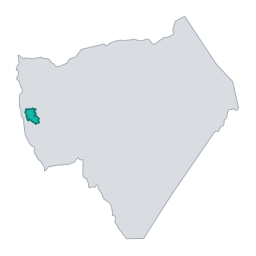 location of Médéa within Algeria, rotated 269°
{"feature_id": "DZA-2213", "entity_name": "Médéa", "entity_type": "Province", "adm_level": 1, "iso_a3": "DZA", "parent_name": "Algeria", "parent_adm1": "", "projection": "mercator", "projection_center": [2.97, 35.965], "detail": "fine", "context": "in_parent", "style": "filled", "palette": "teal", "viewbox_px": 256, "rotation_deg": 269, "n_neighbors": 0, "source": "natural_earth", "source_scale": "10m", "svg_char_len": 5319}
<svg xmlns="http://www.w3.org/2000/svg" viewBox="0 0 256 256"><g transform="rotate(269 128 128)"><path d="M202.4,19.4L202.6,20.1L202.6,20.8L201.6,21.4L200.9,21.7L200.1,23.5L198.7,24.6L198.4,25.0L198.4,25.3L199.4,25.8L199.8,26.3L199.9,27.0L199.5,29.4L198.8,33.6L198.8,34.5L199.2,35.6L199.6,36.4L199.7,37.4L199.6,39.8L200.0,41.1L200.4,42.4L199.5,43.9L199.1,45.3L198.9,47.3L198.8,48.5L198.2,49.7L197.5,50.7L196.7,51.4L195.6,52.0L194.4,52.7L193.5,54.8L191.4,56.4L191.0,57.0L190.8,58.4L190.8,60.2L191.2,61.7L192.2,63.9L193.1,66.3L193.3,67.5L193.6,67.9L194.9,68.7L197.0,69.8L197.4,70.2L198.4,71.8L199.4,74.8L199.8,76.7L203.5,79.7L207.1,82.3L207.4,82.7L209.3,91.5L210.0,94.6L212.5,105.8L211.4,106.4L210.2,107.2L211.1,108.7L212.8,111.2L213.8,113.1L214.1,114.0L214.9,116.4L215.5,118.8L215.7,119.6L215.9,121.4L215.6,126.4L216.1,132.6L216.7,135.8L215.7,138.6L214.9,141.3L215.0,142.6L215.4,144.7L215.9,146.3L216.5,147.1L216.4,149.7L216.1,150.6L214.2,152.0L212.2,153.3L211.6,154.3L211.4,155.5L211.7,156.4L217.6,165.2L217.8,166.1L217.9,168.5L218.9,171.6L220.0,173.0L220.4,174.0L221.1,174.7L221.9,175.2L222.3,175.3L225.0,174.4L229.5,175.8L233.8,177.2L234.1,177.5L236.6,182.2L238.7,186.6L190.6,217.2L185.3,221.8L173.0,233.1L172.0,233.6L155.7,236.9L147.3,238.6L146.9,238.7L146.4,238.7L146.0,238.7L145.3,238.4L144.4,237.7L143.8,237.4L143.7,236.9L144.0,236.2L144.5,235.5L144.6,235.0L144.9,234.6L145.3,234.3L145.3,233.9L145.0,233.2L144.7,232.2L144.7,230.4L144.7,229.6L144.0,228.9L142.5,228.1L141.1,227.7L140.5,227.5L139.0,227.3L136.9,226.8L136.2,226.5L134.8,224.8L134.2,224.4L131.1,224.1L130.0,223.8L129.2,223.4L128.5,222.9L128.1,221.9L127.9,221.2L127.7,220.8L124.2,219.0L123.4,218.4L122.9,217.8L122.9,217.0L123.0,215.9L122.8,215.0L122.7,214.6L62.0,171.4L58.7,169.2L51.2,164.1L17.3,141.8L17.3,125.6L17.3,124.8L17.5,124.4L18.6,123.8L20.3,122.4L21.0,121.8L21.8,121.2L24.6,119.3L25.2,118.8L28.0,116.7L28.6,116.4L30.1,116.2L30.7,115.7L31.6,114.9L32.8,113.9L33.6,113.4L33.8,113.4L34.3,113.3L36.9,113.6L38.0,113.8L39.2,114.0L39.6,113.9L40.0,113.5L40.5,112.9L40.6,112.0L40.6,111.3L40.7,111.0L40.9,110.9L41.5,110.9L42.2,111.0L43.7,111.0L44.3,110.9L46.0,110.7L48.5,110.3L52.0,109.2L53.6,107.9L54.8,106.6L56.1,104.6L57.1,102.9L59.1,101.8L60.9,101.1L61.8,100.9L64.0,100.0L67.7,97.3L70.7,96.9L71.1,96.7L71.5,96.2L71.5,95.4L71.0,94.8L70.4,94.5L70.0,94.2L69.5,94.1L69.3,93.7L69.4,93.0L69.5,92.3L69.8,91.7L69.7,90.7L69.2,89.8L69.1,89.1L69.1,88.4L69.4,87.9L70.0,87.5L70.7,87.4L71.7,87.6L73.5,87.4L78.0,85.7L78.3,85.2L78.6,84.1L79.0,83.1L79.4,82.8L79.7,82.7L83.3,82.0L84.1,82.0L90.9,82.3L96.7,82.5L97.2,82.3L97.2,81.5L96.9,80.2L97.1,79.4L97.9,78.6L99.0,77.7L98.5,76.6L97.6,75.9L96.5,75.1L95.9,74.7L94.8,73.7L94.2,72.5L93.8,70.0L93.0,68.6L92.4,66.8L92.9,63.6L92.1,61.7L92.0,60.9L92.0,59.9L92.2,58.2L92.1,55.8L91.2,53.3L91.6,52.4L91.8,52.0L91.7,51.6L90.9,50.8L90.6,50.2L90.7,49.6L91.2,48.7L91.1,48.3L89.8,47.2L87.5,45.4L86.9,44.7L86.6,43.7L88.8,43.9L89.9,43.8L92.4,42.6L94.5,41.1L96.1,40.3L97.5,38.5L98.7,37.4L100.6,36.3L105.8,33.7L106.6,33.7L108.4,34.3L109.9,34.1L110.9,33.2L112.0,31.0L113.7,29.7L115.9,28.4L118.9,27.1L120.8,26.0L123.9,25.0L131.6,24.3L135.5,23.7L138.2,23.9L140.9,22.0L142.3,21.4L148.1,21.3L150.9,19.9L161.4,19.9L162.7,20.4L164.0,21.1L166.1,22.9L167.2,23.2L168.6,22.9L171.8,21.2L175.4,20.3L177.4,19.4L178.2,17.9L179.9,17.4L180.9,18.5L184.7,19.6L187.0,19.3L188.0,19.0L187.6,17.3L190.1,17.7L192.0,18.5L193.9,20.1L195.2,20.5L197.5,19.7L202.4,19.4Z" fill="#d9dde1" stroke="#a8b0b8" stroke-width="1"/><path d="M134.5,37.7L134.6,37.1L134.4,36.8L134.1,36.7L133.9,36.5L133.7,36.3L133.6,36.0L133.5,35.9L133.6,35.7L133.9,35.5L134.1,35.5L134.3,35.4L135.2,33.6L135.6,33.0L136.3,32.3L136.5,32.2L136.6,31.7L136.8,31.4L138.0,30.6L138.1,30.4L138.2,30.0L138.3,29.8L138.7,29.5L138.7,29.3L138.7,29.2L138.2,29.2L137.9,29.1L137.6,29.3L137.4,29.2L137.1,28.8L137.1,28.7L137.1,28.4L137.2,28.2L137.3,28.1L137.5,27.9L138.2,27.8L138.4,27.8L138.6,27.6L138.8,27.5L138.9,27.3L138.9,27.2L139.2,27.1L140.2,27.0L140.5,27.0L140.9,27.0L141.1,26.9L141.2,26.7L141.5,26.4L141.8,26.5L142.0,26.9L142.2,27.1L142.4,27.2L142.5,27.2L142.8,27.0L143.1,26.8L143.7,26.4L144.0,26.3L144.3,26.2L144.5,26.0L144.6,25.8L144.6,25.7L144.9,25.5L145.2,25.5L145.6,25.4L146.2,25.6L146.4,25.8L146.7,26.0L146.9,26.3L147.1,26.4L147.2,26.5L147.4,26.3L147.5,26.2L147.8,26.1L148.0,26.0L148.3,26.1L148.5,26.2L148.6,26.4L148.6,26.7L148.6,26.9L148.8,27.2L148.8,27.4L148.7,27.5L148.5,27.8L148.5,28.1L148.7,28.7L148.7,28.9L148.7,29.3L148.6,30.5L148.6,30.8L148.6,31.2L148.8,31.9L149.3,32.9L149.3,33.1L149.4,33.3L149.3,33.5L149.1,33.8L149.1,34.0L148.6,34.3L148.4,34.5L148.3,34.8L148.5,35.1L148.5,35.3L148.5,35.5L148.5,35.9L148.5,36.1L148.4,36.2L148.2,36.0L148.1,35.9L147.9,35.7L147.7,35.3L147.2,34.6L147.0,34.4L146.9,34.5L146.6,35.2L146.2,35.2L145.8,35.1L145.7,35.0L145.6,34.9L145.5,34.6L145.4,34.5L145.1,34.7L145.0,34.9L144.9,35.6L144.8,35.8L144.7,35.9L144.5,36.0L143.4,36.2L143.2,36.1L143.1,35.7L142.8,35.4L142.7,35.2L142.6,34.8L142.5,34.6L142.4,34.5L142.1,34.5L141.8,34.5L141.6,34.5L141.4,34.6L141.3,34.8L141.3,35.0L141.5,35.5L141.5,35.9L141.5,36.0L141.5,36.4L141.5,36.6L141.5,36.8L141.4,36.9L141.3,37.0L140.0,38.0L139.8,38.2L139.7,38.4L139.5,38.8L139.4,38.9L139.2,39.1L138.8,39.2L138.7,39.2L138.3,39.1L137.5,38.5L137.0,38.6L134.9,39.3L134.5,37.7Z" fill="#14b8a6" stroke="#0f766e" stroke-width="1.5"/></g></svg>